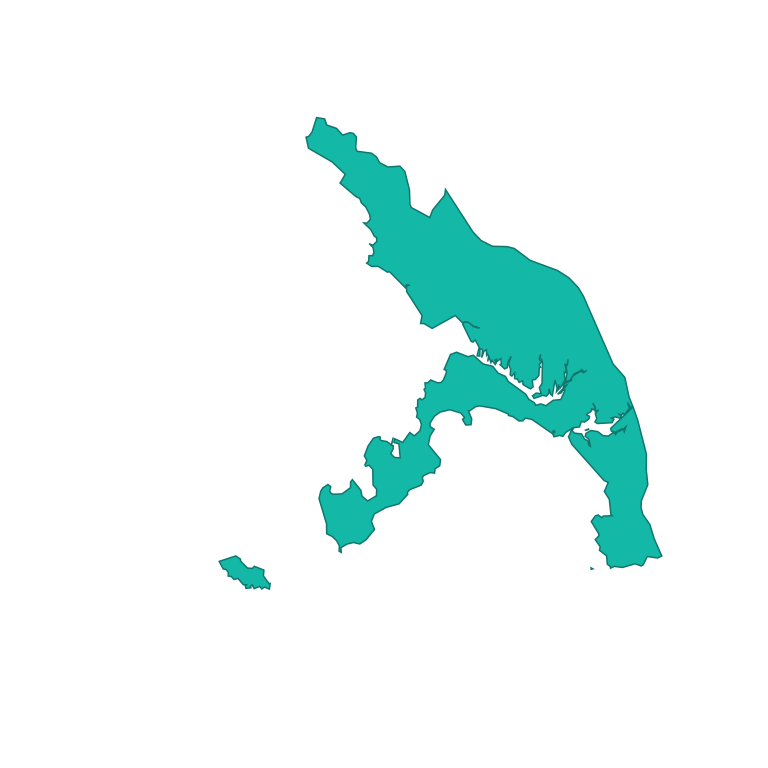 Hibiscus and Bays Local Board Area, Auckland, New Zealand, rotated 156°
{"feature_id": "76426892B59525679970548", "entity_name": "Hibiscus and Bays Local Board Area", "entity_type": "district", "adm_level": 2, "iso_a3": "NZL", "parent_name": "New Zealand", "parent_adm1": "Auckland", "projection": "equal_earth", "projection_center": [174.744, -36.648], "detail": "fine", "context": "isolated", "style": "filled", "palette": "teal", "viewbox_px": 768, "rotation_deg": 156, "n_neighbors": 0, "source": "geoboundaries", "source_scale": "gbopen_adm2", "svg_char_len": 6174}
<svg xmlns="http://www.w3.org/2000/svg" viewBox="0 0 768 768"><g transform="rotate(156 384 384)"><path d="M165.8,261.8L195.0,251.2L195.5,248.6L192.1,245.8L185.0,246.2L183.2,245.3L181.8,246.2L180.2,246.7L183.9,242.7L183.6,244.6L185.1,245.4L190.6,245.1L193.7,243.1L192.5,244.8L194.9,246.4L200.2,245.2L204.9,247.7L208.1,253.6L213.9,257.4L219.7,256.7L221.5,254.3L219.2,250.2L220.8,243.2L221.7,244.8L221.0,249.6L223.2,252.0L223.8,258.0L230.0,261.7L231.1,264.6L228.6,267.0L222.9,265.2L219.0,269.5L216.3,267.6L210.9,268.8L209.4,270.9L211.5,273.4L211.2,274.0L206.3,274.6L204.4,275.9L205.0,277.3L202.5,274.9L200.7,276.7L201.0,278.1L201.0,280.8L200.9,280.9L200.3,276.8L202.2,273.0L198.5,273.0L203.0,271.0L203.8,265.6L206.7,263.6L205.2,261.1L191.4,255.9L188.3,258.3L190.1,260.4L185.9,259.8L182.1,256.6L180.5,258.1L181.3,260.6L179.4,259.0L176.9,260.6L177.9,259.5L176.2,258.4L169.9,262.0L168.9,263.9L169.6,265.1L169.1,266.9L168.9,267.2L168.5,264.0L169.9,261.3L165.8,262.7L165.4,272.4L161.3,292.1L166.6,309.1L166.1,383.0L167.3,392.8L171.8,405.6L179.2,417.0L200.3,437.6L209.8,454.8L215.6,459.4L228.9,465.7L236.9,475.5L240.9,486.7L248.7,536.7L251.7,531.8L268.7,523.2L274.5,517.5L287.2,534.0L287.4,537.1L281.8,550.9L278.5,569.8L281.0,576.6L292.1,580.6L298.0,588.0L298.5,594.4L301.5,599.9L314.1,607.7L313.8,611.2L308.7,620.9L310.1,625.4L312.7,627.4L320.5,628.2L323.5,636.9L331.0,643.9L330.4,650.3L337.2,654.8L347.2,643.5L352.1,640.8L354.8,641.2L357.1,630.1L341.0,607.9L334.1,591.3L342.4,585.4L333.3,566.4L330.7,563.5L331.0,558.7L328.6,553.1L328.2,544.4L329.5,540.0L333.9,537.9L336.9,539.3L333.3,530.6L332.7,522.7L331.2,520.9L332.7,517.1L337.9,515.3L340.4,518.2L338.5,513.2L339.7,508.3L342.2,505.9L345.5,507.4L348.2,502.3L350.7,501.5L347.5,496.4L341.4,493.8L335.4,484.8L333.2,484.2L325.3,463.2L323.1,465.6L320.3,463.7L323.5,464.8L325.7,459.0L321.4,431.0L326.0,424.4L322.8,422.9L317.4,415.2L291.0,417.6L287.3,407.6L285.4,408.1L284.4,407.7L282.9,406.7L281.8,406.2L278.7,400.2L276.1,398.6L275.5,397.2L273.5,396.2L275.8,397.2L278.9,400.2L281.9,406.1L285.4,407.9L287.8,406.6L287.1,387.5L285.7,386.1L282.7,387.1L282.2,378.7L287.5,371.9L285.1,370.5L282.0,377.1L280.4,376.0L280.5,374.3L284.0,368.4L279.3,373.3L276.6,373.6L278.4,368.8L277.4,369.6L277.3,366.7L280.2,362.3L277.1,366.3L277.6,360.0L275.6,361.6L274.5,356.6L273.0,357.5L272.8,360.9L271.1,360.8L272.0,358.5L267.0,359.7L268.5,354.8L270.1,354.6L267.7,348.7L264.8,348.8L261.7,353.8L256.6,357.6L262.0,351.9L262.4,345.8L265.0,341.0L264.0,339.2L260.1,341.0L262.5,335.8L260.1,334.1L259.9,330.5L256.1,330.4L257.2,326.9L252.3,320.0L249.0,320.7L246.9,327.3L244.0,326.6L239.0,328.8L235.7,335.4L234.2,335.6L234.4,338.3L231.5,340.1L232.1,343.6L231.3,345.0L228.8,347.4L231.4,343.5L230.0,342.6L230.5,339.3L239.5,320.1L243.5,317.6L244.4,311.3L248.7,313.8L253.2,312.8L252.7,309.8L243.4,309.0L240.7,306.9L237.3,308.3L235.1,312.3L235.9,306.7L235.0,304.8L226.1,318.1L227.7,309.5L229.5,306.9L226.4,308.2L226.0,310.1L225.0,312.7L224.8,308.6L217.3,313.7L214.5,321.4L213.6,320.5L211.7,323.5L210.7,328.2L209.2,326.8L205.9,331.6L208.0,327.9L209.2,326.5L210.6,325.9L212.3,319.6L217.2,312.1L212.7,311.7L206.5,315.9L197.9,316.1L197.7,317.3L196.4,313.6L193.3,314.1L196.9,313.1L198.9,315.6L204.6,315.2L209.6,313.8L211.4,311.0L219.7,311.0L222.4,306.9L229.5,304.1L225.4,303.9L219.5,308.8L217.4,308.8L223.2,305.5L221.2,304.8L228.7,297.9L236.1,300.3L245.0,298.3L248.7,302.0L253.9,302.8L254.3,305.7L257.9,311.1L258.7,317.1L269.5,335.9L270.0,341.6L275.3,347.5L277.5,356.0L285.2,361.9L290.8,374.0L296.2,374.8L304.8,383.5L311.3,383.9L323.2,372.8L321.6,371.2L322.4,369.0L328.0,363.6L331.2,362.1L334.7,363.4L339.7,368.7L343.4,367.3L346.2,368.3L347.7,363.5L349.6,362.8L349.6,359.1L351.9,355.1L355.8,354.0L356.9,356.2L359.7,355.7L362.7,349.3L364.7,349.2L365.2,344.0L367.7,340.5L365.8,337.2L366.3,331.7L370.2,326.6L377.5,324.3L380.2,329.2L390.6,323.0L396.5,329.6L398.7,326.5L394.7,323.3L399.2,310.0L404.3,312.6L406.1,317.6L402.0,321.0L400.7,323.9L402.1,325.0L397.3,331.4L402.1,325.4L404.7,330.2L409.5,333.5L410.3,335.2L408.9,336.8L410.2,338.1L415.7,338.8L423.8,333.8L431.2,326.3L430.7,321.2L434.3,318.0L434.2,316.3L430.7,315.8L429.0,310.6L435.1,296.2L433.5,290.9L436.4,285.0L446.5,283.8L449.7,290.4L448.4,296.3L451.8,309.5L454.4,308.1L456.8,302.9L467.1,300.7L475.4,304.0L477.1,306.2L477.1,308.3L474.4,311.9L476.1,315.0L482.2,314.0L485.5,311.7L490.0,305.7L493.4,279.5L497.3,270.5L493.2,265.6L491.0,260.2L490.6,254.4L493.0,249.5L491.5,247.5L490.0,252.0L482.8,252.8L476.3,251.6L471.2,247.7L463.9,248.9L451.8,255.0L451.4,263.6L445.8,269.2L432.3,270.4L419.0,268.4L407.3,273.5L406.5,275.6L403.4,277.0L391.1,276.5L387.7,279.2L387.1,282.8L385.2,284.2L377.8,284.3L374.1,282.0L371.8,285.8L366.4,286.6L363.1,291.9L368.2,310.5L363.0,317.8L356.5,322.2L359.2,326.2L357.9,329.5L351.1,334.0L344.1,335.5L334.3,333.7L325.7,326.3L324.1,320.7L326.7,319.6L326.0,313.3L321.1,311.4L318.1,316.3L317.8,325.9L317.6,324.5L309.4,326.0L305.3,325.0L292.0,316.1L282.6,306.0L283.1,304.7L279.5,301.8L275.7,295.3L272.2,293.9L268.5,295.4L263.1,291.2L250.1,269.8L249.3,269.6L248.8,272.0L247.5,272.4L247.4,271.1L248.4,272.0L249.1,269.7L250.2,268.8L250.2,266.6L244.5,265.6L241.9,263.4L237.9,265.8L230.0,266.9L237.0,260.6L236.9,252.3L222.2,206.3L219.2,202.8L226.4,196.2L225.1,187.0L229.9,172.2L229.2,170.9L237.2,174.1L239.7,173.6L241.6,177.3L244.6,177.5L250.6,174.1L248.8,160.0L249.3,158.0L254.3,155.9L252.7,147.4L254.8,144.4L250.5,136.5L253.3,128.6L251.5,125.2L252.0,123.6L247.8,123.7L240.8,119.4L227.7,117.6L223.1,113.2L220.7,113.4L213.7,119.3L204.9,113.8L200.2,113.9L200.1,132.7L198.3,147.5L200.6,159.7L199.5,166.4L196.3,172.7L183.9,184.8L179.3,199.0L172.8,213.1L166.9,248.0L165.8,261.8ZM575.8,247.1L572.1,243.2L569.1,248.1L570.2,248.3L572.2,257.7L569.4,262.8L576.6,270.2L579.2,269.1L583.5,271.3L587.0,280.4L586.4,282.5L589.3,287.2L606.7,289.0L606.1,280.4L603.6,278.6L602.8,275.3L604.5,271.9L602.0,270.5L600.5,266.4L596.5,265.8L594.1,257.8L591.4,256.5L592.8,256.1L593.2,253.4L588.4,252.0L588.1,253.6L586.0,253.9L585.9,249.9L579.9,249.6L579.0,246.5L575.8,247.1ZM219.5,259.9L216.1,259.2L214.8,259.7L219.5,259.9ZM269.6,131.8L270.1,130.5L268.4,130.2L269.6,131.8Z" fill="#14b8a6" stroke="#0f766e" stroke-width="1.5"/></g></svg>